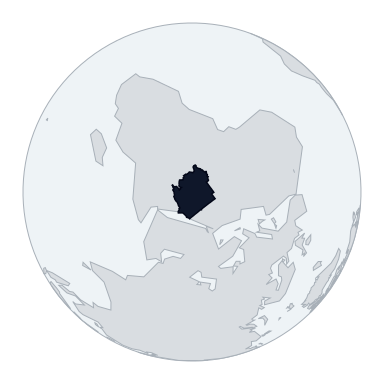 the Earth from above Sudan, rotated 142°
{"feature_id": "SDN", "entity_name": "Sudan", "entity_type": "country or territory", "adm_level": 0, "iso_a3": "SDN", "parent_name": "Africa", "parent_adm1": "", "projection": "orthographic", "projection_center": [30.131, 15.434], "detail": "fine", "context": "on_globe", "style": "filled", "palette": "ink", "viewbox_px": 384, "rotation_deg": 142, "n_neighbors": 0, "source": "natural_earth", "source_scale": "50m", "svg_char_len": 12887}
<svg xmlns="http://www.w3.org/2000/svg" viewBox="0 0 384 384"><g transform="rotate(142 192 192)"><circle cx="192" cy="192" r="169" fill="#eef3f6" stroke="#a8b0b8"/><path d="M145.1,29.7L143.9,30.0L143.2,30.3L139.4,31.5L142.2,30.8L145.8,29.7L148.2,29.2L148.2,29.4L143.3,30.8L142.6,30.9L141.1,31.4L138.7,32.1L139.8,31.9L133.9,33.8L139.6,32.4L134.7,34.3L130.9,35.5L131.5,34.8L126.3,36.4L145.1,29.7ZM104.2,47.6L102.7,48.6L100.1,50.2L104.2,47.6ZM93.0,55.0L92.6,55.4L94.7,53.9L100.2,50.3L102.7,49.0L109.1,45.2L111.1,44.4L117.5,41.2L116.1,42.6L111.4,45.8L106.0,48.7L103.8,50.4L108.7,48.6L98.4,55.6L91.2,63.4L88.6,65.4L83.9,66.7L84.6,63.5L78.6,67.2L82.1,66.0L75.5,71.9L74.3,73.6L74.4,74.2L76.8,72.5L74.5,75.0L70.1,76.7L72.1,74.4L73.5,73.7L73.8,72.5L70.8,74.6L67.7,77.9L66.8,78.5L79.3,66.1L93.0,55.0ZM26.2,159.5L26.1,160.2L25.7,161.9L24.1,177.2L25.4,186.7L25.6,194.8L25.2,198.5L26.3,201.4L26.3,204.3L33.3,215.4L39.1,226.2L40.4,236.1L38.5,244.6L43.7,266.4L42.2,269.2L46.5,277.7L48.5,281.3L42.3,270.2L36.8,258.8L32.2,247.0L28.6,234.8L25.8,222.5L24.0,209.9L23.1,197.3L23.2,184.6L24.2,172.0L26.2,159.5ZM117.7,40.8L117.6,41.0L116.5,41.5L117.7,40.8ZM120.7,39.3L119.5,39.7L120.7,39.1L121.4,38.9L120.7,39.3ZM121.8,39.1L123.0,38.0L125.1,37.0L129.6,35.4L121.8,39.1ZM147.0,29.3L143.1,30.5L146.4,29.4L147.0,29.3ZM164.8,25.3L164.4,25.4L160.2,26.2L156.6,26.8L159.2,26.5L148.5,28.8L151.7,27.9L164.8,25.3ZM149.5,28.9L150.3,28.5L155.3,27.4L154.5,28.0L153.1,28.1L149.5,28.9ZM171.0,24.3L172.7,24.2L164.9,25.3L165.9,25.1L171.0,24.3ZM152.0,28.5L154.0,28.4L151.6,29.2L149.0,29.2L152.0,28.5ZM156.9,26.9L159.2,26.5L157.7,26.9L156.9,26.9ZM144.1,32.7L145.0,31.9L147.7,31.2L144.1,32.7ZM154.9,28.3L155.7,28.0L156.9,27.7L157.7,27.8L154.9,28.3ZM165.8,25.3L165.3,25.5L169.1,24.8L169.6,25.0L164.3,25.8L166.9,25.5L167.0,25.6L162.5,26.2L165.8,25.3ZM162.0,27.2L155.4,28.8L153.1,30.1L150.7,30.7L154.8,28.5L162.0,27.2ZM162.7,26.5L161.7,27.0L159.1,27.4L158.2,27.2L162.7,26.5ZM172.0,24.9L172.4,24.4L173.6,24.3L172.0,24.9ZM161.8,27.5L163.4,27.1L162.0,27.5L161.8,27.5ZM169.4,25.5L169.4,25.3L170.7,25.2L169.4,25.5ZM166.6,26.8L164.4,27.2L163.8,27.0L166.6,26.8ZM168.3,26.1L170.1,26.0L164.8,26.7L168.1,26.0L168.3,26.1ZM170.6,25.4L171.4,25.3L170.4,25.6L170.6,25.4ZM170.4,27.3L163.9,28.3L162.4,27.8L168.9,26.9L170.4,27.3ZM268.5,41.4L272.6,43.6L286.2,52.3L285.0,51.0L288.0,53.0L306.1,67.4L320.8,83.4L325.5,88.6L328.6,92.7L330.6,95.9L326.2,90.0L324.5,88.7L321.7,85.2L323.5,89.2L319.6,84.4L322.8,90.3L326.1,93.7L326.0,91.6L330.5,99.4L335.7,105.3L340.8,113.9L347.4,132.0L347.2,139.4L348.2,142.5L345.8,140.1L346.1,147.4L353.4,162.4L354.5,167.4L353.4,179.1L352.7,175.5L346.4,169.2L347.8,181.7L352.7,189.5L354.5,200.6L351.8,198.6L349.7,189.0L347.4,186.4L346.2,175.7L340.8,161.4L338.0,165.9L336.5,159.7L328.6,148.9L323.6,155.2L316.8,175.1L318.8,191.3L315.2,199.6L303.6,178.5L298.3,163.6L294.2,166.0L282.2,154.8L261.7,157.3L258.8,153.5L254.9,156.0L246.5,152.9L241.9,146.7L236.8,147.7L249.0,163.9L254.4,163.0L258.9,155.7L261.3,161.8L269.4,166.3L260.6,182.6L230.1,199.1L227.1,187.0L203.7,154.9L204.4,151.2L204.3,150.8L204.0,150.1L201.9,156.2L197.9,149.9L210.4,172.4L212.5,182.3L229.6,199.8L228.0,201.8L233.6,205.3L251.2,199.1L251.3,203.2L243.0,222.8L218.6,249.5L221.8,265.9L220.1,279.7L204.9,289.3L206.3,299.4L198.5,303.2L198.1,308.8L191.8,314.7L181.4,320.1L163.5,319.8L162.3,314.9L153.3,304.9L140.7,279.6L145.1,268.1L143.4,258.8L130.5,237.0L133.4,225.4L129.9,220.1L122.8,220.8L118.9,214.4L114.6,213.9L88.0,214.9L80.1,205.8L71.0,179.8L75.9,170.9L77.1,159.7L111.3,126.3L118.2,129.3L144.7,126.6L147.9,128.2L144.5,136.6L164.0,148.0L170.8,141.0L188.9,147.0L201.2,146.7L206.2,130.7L186.1,130.8L183.0,123.1L199.4,116.3L217.0,117.0L216.4,114.1L205.6,107.8L209.9,102.5L201.8,105.3L204.9,108.2L199.9,110.2L196.8,107.8L198.5,105.8L193.3,104.6L186.7,114.9L189.1,118.9L175.2,120.8L177.8,127.9L173.9,131.2L168.0,120.5L168.8,116.6L157.5,105.4L155.4,109.5L165.9,120.6L162.5,119.7L159.7,126.1L159.1,120.5L148.2,108.1L135.9,110.0L119.6,125.2L112.6,126.0L106.9,122.2L113.4,106.2L128.5,106.4L131.0,101.5L128.5,94.1L133.3,95.0L134.1,92.3L139.8,92.3L148.4,86.2L154.4,85.8L158.2,77.9L161.8,76.9L158.5,81.7L159.4,85.2L174.1,85.3L177.1,83.6L178.5,78.7L182.4,79.7L181.8,75.0L190.5,73.4L179.3,71.7L180.6,66.7L186.1,63.1L184.5,61.4L175.5,67.3L173.8,70.1L175.4,72.8L168.8,81.1L163.6,82.4L163.0,73.2L155.5,74.3L158.3,67.4L180.9,54.4L190.1,52.3L204.3,58.5L201.9,61.3L195.6,60.3L200.9,65.5L200.7,63.0L203.9,64.1L206.0,60.2L208.4,60.8L206.2,56.4L209.4,56.7L210.7,59.6L216.4,55.0L223.1,55.1L223.2,53.9L221.5,52.5L231.1,54.0L230.8,53.1L227.5,52.1L224.7,49.7L223.6,46.3L227.0,47.0L227.8,48.3L234.8,52.6L236.7,56.4L237.9,56.5L237.2,53.3L228.6,48.1L227.0,45.9L231.4,47.9L229.7,47.0L229.9,46.1L233.3,46.1L228.6,43.8L226.6,35.5L233.1,35.2L237.3,37.6L239.5,34.3L246.6,35.3L243.5,34.3L242.5,32.7L240.3,32.3L238.7,31.8L235.1,28.9L236.9,29.2L233.9,28.3L245.8,31.8L257.3,36.2L268.5,41.4ZM99.3,144.1L98.2,147.4L99.3,144.1ZM235.7,126.3L246.3,126.3L241.5,116.8L245.1,116.1L242.2,113.3L241.1,116.1L233.8,108.5L238.3,105.5L237.0,101.5L233.4,101.4L226.3,108.3L236.7,118.9L234.3,123.1L235.7,126.3ZM26.1,160.2L25.7,162.6L25.8,161.9L26.1,160.2ZM75.8,71.8L76.1,71.7L75.7,72.8L74.7,73.3L75.8,71.8ZM80.7,73.1L76.8,77.2L78.9,74.4L76.9,75.5L78.7,71.4L87.4,66.3L83.1,69.1L80.7,73.1ZM83.6,65.1L81.4,67.9L83.5,65.1L83.6,65.1ZM132.9,78.7L134.7,80.5L132.2,83.4L124.7,85.2L128.2,80.8L132.9,78.7ZM137.8,82.4L139.2,73.5L143.9,72.5L141.0,74.5L144.0,74.7L140.2,78.1L143.3,86.3L141.3,89.6L128.5,90.3L133.8,88.0L131.7,86.2L137.8,82.4ZM134.5,57.1L135.2,54.5L144.6,55.5L142.9,57.9L135.3,59.5L132.8,57.6L134.5,57.1ZM129.5,37.0L129.2,36.8L130.5,36.3L131.9,36.1L129.5,37.0ZM144.3,32.3L132.4,37.8L131.4,37.7L125.6,41.6L120.8,43.1L124.7,40.3L116.6,44.7L118.2,42.9L113.0,46.0L122.2,39.8L123.3,38.7L123.9,39.3L128.4,37.9L130.6,37.0L137.8,33.8L142.4,31.3L147.5,30.0L149.9,29.7L149.6,30.1L146.4,30.7L148.3,30.8L143.4,32.1L144.3,32.3ZM175.4,34.0L171.7,33.5L174.8,36.0L169.9,36.4L170.5,36.7L166.8,37.9L163.5,40.0L161.3,40.0L160.9,40.9L158.5,41.8L157.2,43.1L152.9,43.6L151.0,45.3L150.0,44.7L148.0,47.5L147.6,45.7L144.3,47.1L146.5,48.1L126.1,50.3L117.9,53.3L111.2,57.2L111.4,54.2L117.7,48.9L126.8,43.7L134.7,41.4L133.4,40.8L136.8,39.6L136.4,40.6L139.0,38.4L141.6,37.8L149.8,34.6L151.8,32.3L154.8,31.3L155.3,31.9L158.0,30.5L161.1,31.1L163.3,30.5L168.6,30.7L168.4,32.6L170.9,31.8L175.0,32.2L175.4,34.0ZM171.7,27.4L172.6,29.1L170.3,30.3L162.1,29.5L159.6,30.0L154.2,30.1L157.6,28.5L158.9,28.5L160.8,28.3L159.0,28.9L162.0,28.2L163.7,28.4L166.5,28.0L166.0,28.6L171.7,27.4ZM151.9,125.2L154.4,125.6L158.5,125.4L156.8,129.7L151.9,125.2ZM144.3,116.8L146.6,116.3L146.2,121.8L143.6,121.5L144.3,116.8ZM148.2,111.7L146.8,115.9L146.0,113.4L148.2,111.7ZM160.7,81.2L163.3,80.7L163.4,81.8L161.8,83.6L160.7,81.2ZM183.3,43.4L181.6,42.5L182.4,42.1L181.8,39.4L185.4,39.1L187.2,40.7L183.3,43.4ZM202.6,133.4L198.9,136.6L197.1,135.1L198.8,134.3L202.6,133.4ZM176.6,133.2L182.4,135.3L176.1,134.4L176.6,133.2ZM187.1,42.7L186.4,41.6L188.7,42.2L187.1,42.7ZM188.0,38.9L190.6,39.3L185.7,38.8L188.0,38.9ZM262.0,337.4L262.4,338.5L260.1,339.0L262.0,337.4ZM248.7,275.5L236.7,299.7L228.8,300.4L227.6,293.7L232.1,279.3L241.4,274.5L246.0,267.5L248.7,275.5ZM358.8,219.1L358.6,220.2L358.9,218.3L358.9,218.0L358.8,219.1ZM358.7,219.1L355.8,223.2L354.2,222.8L355.0,219.6L357.6,217.6L358.7,219.1ZM354.9,219.7L351.8,214.4L344.6,195.2L347.3,194.3L354.2,204.3L353.8,206.9L355.7,211.6L354.9,219.7ZM360.6,199.0L360.1,206.5L359.0,208.2L358.2,208.1L357.8,199.5L358.0,194.5L358.8,193.7L359.5,174.7L360.2,177.4L360.5,185.0L360.9,190.3L360.6,199.0ZM319.6,192.7L323.4,201.4L321.1,203.7L319.6,192.7ZM358.1,162.5L358.9,170.6L357.6,160.4L358.1,162.5ZM356.3,153.4L357.1,156.7L356.3,153.9L356.3,153.4ZM349.7,147.1L349.0,148.8L348.2,146.4L348.6,142.9L349.7,147.1ZM344.7,121.4L347.7,128.2L348.7,130.6L346.9,126.9L344.7,121.4ZM216.8,42.2L213.7,45.9L213.9,49.1L217.7,51.4L211.0,50.0L210.7,45.1L216.8,42.2ZM225.1,36.1L221.7,34.5L224.0,34.5L225.1,34.9L225.1,36.1ZM222.5,35.6L216.8,35.1L215.4,33.8L220.2,34.4L222.5,35.6ZM202.0,38.0L200.8,39.0L199.0,38.4L202.0,38.0ZM360.5,204.1L360.7,201.0L361.0,191.8L360.9,189.9L361.0,191.3L360.5,204.1ZM359.5,169.8L359.5,170.2L359.5,169.5L359.5,169.8ZM358.3,161.9L358.4,162.8L358.0,160.8L358.3,161.9ZM358.1,161.0L357.3,157.1L358.1,161.0ZM356.5,153.5L356.0,152.6L352.2,139.9L352.1,138.8L355.1,148.5L356.4,153.0L356.5,153.5ZM333.0,98.9L331.4,96.5L328.9,93.0L333.0,98.9ZM286.4,51.9L285.9,51.5L282.9,49.6L283.1,49.7L286.4,51.9ZM237.5,31.6L235.6,30.9L236.8,30.9L237.5,31.6ZM230.9,29.1L230.9,29.5L229.4,28.7L230.9,29.1ZM231.1,30.7L230.2,29.5L233.1,31.2L231.1,30.7Z" fill="#d9dde1" stroke="#a8b0b8" stroke-width="1"/><path d="M203.5,209.5L202.9,209.5L202.9,209.4L202.9,209.2L202.9,208.7L203.1,208.4L203.1,208.2L203.1,207.9L203.1,207.7L203.0,207.4L202.9,207.3L201.6,206.3L201.4,206.0L200.7,205.8L200.7,205.7L200.8,205.5L200.8,205.4L200.5,203.3L200.5,203.2L200.7,202.6L200.7,202.2L200.8,201.7L200.8,201.4L199.5,201.4L199.5,201.5L199.4,201.6L199.5,201.7L199.5,201.8L199.5,202.0L197.6,202.1L198.4,202.9L198.4,203.0L198.4,203.3L198.4,203.8L198.4,204.1L198.4,204.3L198.6,204.7L198.6,204.8L197.2,206.0L197.0,206.6L196.8,206.9L196.7,206.9L196.4,207.3L195.2,208.6L194.4,208.7L194.0,208.7L193.9,208.7L193.9,208.8L193.0,208.1L191.6,207.2L191.5,207.3L190.7,207.6L190.5,207.8L190.5,208.2L190.3,208.4L190.1,208.7L189.4,208.8L189.1,208.9L188.7,209.1L188.5,209.3L188.2,209.6L188.2,209.8L188.3,210.0L185.9,209.9L185.5,209.1L185.2,209.2L183.1,209.1L182.8,209.1L182.2,209.4L181.9,209.4L181.6,209.3L180.5,208.0L180.3,207.8L180.2,207.8L180.0,207.5L179.8,207.4L179.7,207.3L179.7,207.1L179.7,206.9L179.6,206.7L179.4,206.6L178.0,206.9L177.7,206.9L177.4,206.9L177.3,207.0L177.2,207.1L177.2,207.3L177.2,207.5L177.0,207.9L176.6,208.3L176.5,208.5L176.5,209.0L176.4,209.3L176.2,209.5L176.1,210.1L175.8,210.6L175.8,211.0L175.7,211.1L175.0,211.2L174.8,211.4L174.6,211.6L174.3,211.6L173.9,211.5L173.2,211.4L172.8,211.2L172.9,210.8L172.8,210.7L172.7,210.7L172.6,210.3L173.0,209.9L173.1,209.6L173.2,208.8L173.2,208.6L173.2,208.2L172.9,207.6L172.7,207.2L172.3,206.5L172.1,206.3L171.3,205.4L171.2,205.3L171.0,204.9L171.1,204.6L171.2,204.2L171.3,203.9L171.2,203.7L170.8,203.5L170.7,203.4L170.4,203.2L170.2,202.7L170.3,201.8L170.2,201.6L170.0,201.3L169.9,200.8L169.8,200.4L169.9,200.1L169.7,199.8L169.4,199.6L169.0,199.6L168.7,199.7L168.3,199.6L168.2,199.5L168.2,199.3L168.3,199.1L168.5,198.7L168.7,198.4L169.2,198.1L169.3,198.0L169.4,197.8L169.4,197.6L169.4,197.4L169.3,197.2L169.2,196.9L169.1,196.6L169.1,196.4L169.2,196.2L169.3,196.1L169.6,195.9L169.8,195.7L170.3,195.5L170.4,195.4L170.3,195.2L170.2,195.1L170.1,194.8L170.1,194.5L170.0,194.3L169.9,194.2L170.1,194.1L170.4,193.9L170.7,193.8L170.8,193.7L170.8,193.4L170.9,193.2L171.1,192.9L171.4,192.6L171.6,192.5L171.7,192.2L171.6,191.4L171.8,191.1L172.1,190.9L172.5,190.9L173.1,190.9L173.5,190.8L173.8,190.8L174.5,191.0L174.5,190.9L174.6,190.7L174.6,190.3L174.6,189.0L174.7,187.7L174.7,186.4L174.8,185.0L174.8,183.7L174.8,182.4L174.9,181.1L174.9,179.8L174.9,179.4L175.0,179.1L175.0,178.7L175.0,178.3L175.7,178.3L176.3,178.4L177.0,178.4L177.7,178.4L177.8,176.9L177.8,175.4L177.9,174.0L177.9,172.5L179.0,172.5L180.0,172.6L181.1,172.6L182.1,172.6L183.1,172.6L184.2,172.6L185.2,172.7L186.3,172.7L187.3,172.7L188.4,172.7L189.4,172.7L190.5,172.7L191.5,172.7L192.5,172.7L193.6,172.7L194.6,172.7L194.9,172.7L195.1,172.7L195.4,172.1L195.5,172.1L195.6,172.4L195.6,172.7L196.1,172.7L197.0,172.7L197.9,172.7L198.8,172.7L199.7,172.6L200.6,172.6L201.5,172.6L202.3,172.6L203.2,172.6L204.1,172.6L205.0,172.5L205.9,172.5L206.8,172.5L207.7,172.5L208.6,172.5L209.5,172.4L210.4,172.4L210.4,173.1L210.6,173.6L211.0,174.3L211.4,174.7L211.6,175.0L211.3,175.0L211.3,175.4L211.3,175.6L211.4,176.1L211.5,176.6L211.5,177.1L211.5,177.9L211.7,178.8L211.7,179.5L212.1,180.9L212.4,181.7L212.6,181.9L212.8,182.0L213.2,182.0L213.7,182.4L214.2,182.8L214.3,183.0L214.5,183.3L214.7,183.2L214.9,183.4L215.6,183.8L215.7,184.0L215.2,184.5L215.1,184.8L214.9,185.1L214.7,185.3L214.3,185.4L214.1,185.4L213.9,185.5L213.7,185.6L213.3,185.8L213.1,185.9L212.9,186.0L212.7,186.2L212.6,186.7L212.5,186.9L212.3,186.9L212.0,186.9L211.8,186.9L211.5,186.9L211.3,186.9L211.3,187.0L211.3,187.5L211.2,187.9L211.0,188.2L211.1,188.7L211.2,189.2L210.9,189.9L210.9,190.1L210.7,190.6L210.5,190.9L210.3,191.9L210.1,192.3L209.9,192.6L210.0,193.2L210.0,193.8L210.1,194.4L210.2,195.2L210.0,196.0L210.0,196.4L209.9,197.1L209.8,197.4L209.7,197.5L209.4,198.1L209.3,198.7L209.2,199.2L209.2,199.5L208.8,199.8L208.3,199.9L208.1,200.0L207.9,200.1L207.7,200.3L207.3,201.0L207.1,201.5L206.8,202.1L206.4,202.5L206.2,203.1L206.1,203.7L206.0,204.1L206.0,204.4L205.9,205.0L205.9,205.3L205.7,205.5L205.4,205.7L205.1,205.5L204.9,205.3L204.7,205.4L204.4,205.6L204.2,205.9L204.0,206.3L204.1,207.1L204.1,207.3L204.1,207.5L203.8,208.1L203.7,208.3L203.6,208.7L203.5,209.3L203.5,209.5Z" fill="#0f172a" stroke="#020617" stroke-width="1.5"/></g></svg>